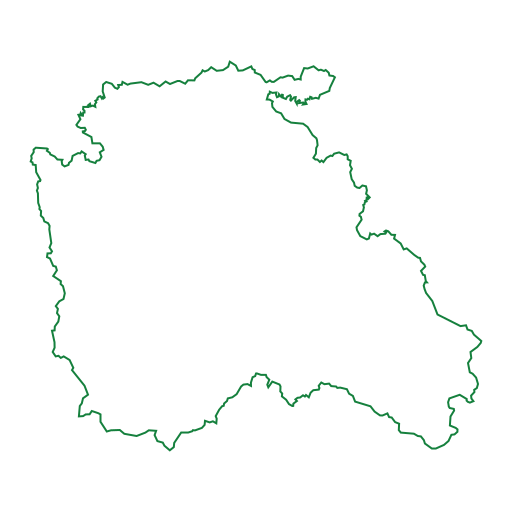 Morafenobe, Melaky, Madagascar
{"feature_id": "10022922B27026898293410", "entity_name": "Morafenobe", "entity_type": "district", "adm_level": 2, "iso_a3": "MDG", "parent_name": "Madagascar", "parent_adm1": "Melaky", "projection": "orthographic", "projection_center": [45.038, -17.912], "detail": "fine", "context": "isolated", "style": "outline", "palette": "green", "viewbox_px": 512, "rotation_deg": 0, "n_neighbors": 0, "source": "geoboundaries", "source_scale": "gbopen_adm2", "svg_char_len": 5884}
<svg xmlns="http://www.w3.org/2000/svg" viewBox="0 0 512 512"><path d="M473.4,401.2L471.4,398.5L471.1,395.6L474.4,392.1L474.2,389.8L476.8,388.1L478.0,384.0L476.1,377.6L472.6,373.7L469.8,372.3L468.0,363.0L471.3,358.1L470.5,352.0L477.3,347.0L480.7,343.0L481.3,341.0L473.9,334.6L471.8,330.9L467.5,329.5L466.0,325.3L460.5,326.1L437.5,314.5L432.3,301.0L426.1,293.0L424.6,289.1L423.7,285.6L424.9,282.5L426.9,282.4L425.8,281.1L424.8,275.2L423.1,274.9L421.0,270.9L425.2,266.6L424.4,264.7L421.0,261.4L420.0,257.9L418.2,257.7L414.2,254.9L406.7,248.4L403.7,249.4L400.7,243.5L394.1,238.6L395.0,234.9L391.4,234.8L388.3,231.3L386.0,230.5L384.6,231.4L386.2,232.4L385.4,233.7L380.4,234.1L377.6,236.2L374.1,233.7L371.4,234.6L370.2,233.5L368.9,238.5L366.8,239.4L360.3,236.1L357.0,230.1L356.5,227.3L361.6,219.7L360.9,216.8L359.4,215.7L359.6,213.9L363.0,211.3L363.9,207.3L363.2,205.0L364.4,204.4L364.9,202.1L366.3,201.5L365.4,200.7L366.5,200.2L366.7,197.5L367.5,197.3L368.2,198.9L369.7,197.4L366.1,193.8L366.9,190.3L366.0,186.3L362.4,185.5L359.5,188.0L357.2,187.6L354.7,185.8L354.0,182.6L351.7,179.2L350.2,172.1L351.9,168.8L350.0,165.2L350.7,160.8L347.7,159.3L347.7,156.2L346.6,154.4L344.3,155.0L339.1,152.4L334.1,153.7L332.4,156.0L330.6,155.6L326.6,157.8L323.4,162.1L321.6,160.5L319.9,162.0L317.4,159.5L315.3,159.5L313.4,157.8L315.9,153.7L316.2,148.0L317.6,145.3L317.0,140.2L316.4,138.3L312.6,135.1L307.6,127.0L303.1,123.7L291.0,122.6L284.5,119.0L281.1,113.3L276.2,111.5L272.4,106.9L272.0,103.2L272.8,101.5L269.5,99.6L266.8,99.5L268.3,94.3L269.6,93.8L269.8,91.7L272.4,92.9L276.4,92.5L276.0,94.5L277.0,97.2L278.8,96.4L279.0,94.2L281.1,96.7L282.0,94.7L282.8,94.9L282.8,97.7L285.9,99.0L287.2,96.7L290.1,95.2L291.0,96.6L290.2,99.9L290.9,100.6L294.1,97.3L295.7,97.1L295.2,100.9L296.8,103.8L297.0,101.7L299.2,100.1L299.9,100.8L299.0,103.1L303.2,102.5L304.0,103.2L303.1,104.5L306.5,104.0L305.4,101.7L305.5,99.4L307.1,99.7L307.9,98.7L309.5,99.3L310.2,96.8L311.6,97.3L312.0,98.8L315.8,97.8L318.6,98.6L320.0,94.8L329.3,90.9L329.8,88.0L334.9,77.3L333.1,76.0L329.4,75.5L328.7,72.7L325.7,70.0L324.0,71.0L320.9,69.7L318.6,70.3L313.6,66.3L307.7,68.5L304.1,68.1L300.7,76.7L300.7,79.5L298.4,78.9L294.6,79.8L292.2,76.1L288.1,75.6L282.6,77.6L280.5,77.3L273.8,81.9L271.7,81.8L269.9,80.4L266.6,82.3L265.6,82.0L260.6,74.9L254.8,72.5L254.7,70.0L252.4,69.0L251.3,66.4L242.8,70.4L238.3,70.7L235.8,65.5L229.8,61.7L228.2,66.7L223.0,70.1L216.7,70.8L211.2,67.2L208.2,70.1L204.8,71.5L202.6,70.3L201.5,72.6L195.2,78.3L194.4,80.4L188.0,80.3L185.2,83.7L179.7,81.0L177.5,81.0L170.0,84.0L165.6,81.5L159.6,86.3L153.5,82.7L148.2,84.8L141.4,82.2L130.4,83.6L127.6,84.7L122.5,81.9L121.8,84.8L118.2,85.0L118.9,87.1L117.4,88.8L114.9,87.7L111.8,83.8L106.2,82.0L103.1,84.5L102.7,91.4L104.7,97.5L103.4,98.5L102.6,97.3L101.9,98.5L100.5,96.2L98.8,96.6L97.3,98.3L97.6,99.5L95.3,100.8L96.3,102.4L94.9,104.2L95.3,106.8L92.9,105.6L90.8,106.3L90.0,103.7L88.2,105.2L89.5,106.0L88.7,107.0L83.3,106.9L83.1,109.4L84.5,110.8L84.5,112.5L83.2,112.6L82.9,115.7L81.0,115.4L81.8,114.6L80.7,113.1L80.4,114.5L78.4,114.8L80.4,119.2L76.4,124.9L77.6,126.6L80.7,128.0L84.8,127.8L85.8,129.8L85.0,131.0L82.8,131.4L82.9,132.5L91.4,137.0L92.4,143.3L99.9,143.3L102.7,146.7L103.6,149.9L99.8,152.3L101.5,156.8L99.5,160.2L96.6,160.8L95.4,163.0L89.4,161.2L88.5,159.5L85.7,159.9L84.8,155.6L85.7,154.2L81.6,151.4L80.3,153.4L78.1,153.1L72.6,155.9L71.6,160.7L69.0,162.8L68.5,164.9L64.6,166.4L62.2,164.6L61.7,161.3L62.4,159.8L57.4,159.5L54.7,156.5L50.3,154.4L49.8,152.8L46.9,150.8L47.8,149.1L47.0,148.5L35.8,147.7L33.6,149.6L33.7,152.2L31.2,155.9L31.7,158.3L30.7,161.5L32.5,162.4L32.8,164.6L35.7,165.0L36.2,172.2L40.5,180.0L40.1,181.1L38.2,181.4L37.1,184.4L37.9,188.0L36.9,190.6L37.9,193.3L38.2,202.9L39.7,207.2L39.4,209.0L41.1,211.0L40.8,215.6L43.3,218.0L44.3,221.4L48.1,223.2L49.6,225.9L49.3,229.4L51.3,243.1L49.5,247.5L52.0,251.3L50.8,253.3L47.5,253.4L47.0,257.1L50.0,258.5L53.2,265.9L55.8,266.6L56.9,270.3L53.2,276.0L60.9,281.2L60.6,284.0L63.0,286.2L64.8,293.3L63.5,299.0L59.3,301.3L55.8,306.1L57.9,308.9L57.0,313.1L59.3,316.3L58.3,321.6L54.8,326.5L54.6,330.4L52.0,330.7L54.5,342.2L54.6,347.7L52.7,352.0L55.7,356.4L58.5,355.8L60.8,357.9L63.7,356.4L69.6,360.0L73.3,367.8L72.0,370.1L84.5,385.7L88.0,394.7L83.0,398.3L81.8,403.4L79.8,406.0L78.9,416.4L83.1,416.1L85.7,414.4L89.6,414.3L91.8,411.0L98.3,413.2L100.5,414.4L100.5,421.8L106.8,431.5L111.0,430.3L119.8,430.0L124.3,433.8L136.6,436.0L145.4,432.6L148.8,430.3L156.1,430.8L154.6,435.1L157.4,441.1L162.8,442.6L164.4,445.7L169.8,450.3L173.8,447.1L174.2,442.9L181.2,432.5L188.3,432.5L192.3,431.2L192.9,430.2L195.0,430.4L201.9,427.9L204.6,424.9L205.0,420.8L209.7,422.4L212.9,421.3L216.3,423.3L216.7,418.7L215.7,416.1L219.2,409.7L222.1,406.2L223.7,405.8L224.1,403.5L227.0,401.0L227.8,398.4L232.3,397.3L236.6,394.2L241.1,386.5L243.4,384.6L247.5,384.1L251.0,385.9L250.9,382.7L252.6,377.2L255.2,376.1L256.0,373.5L256.8,373.4L261.1,374.9L265.9,374.9L266.6,377.1L269.3,379.7L267.3,384.7L268.3,387.3L272.3,381.6L279.5,384.5L280.5,386.4L280.3,391.4L282.2,393.5L281.9,396.4L286.1,399.7L289.0,404.1L292.3,406.0L293.2,405.9L293.4,403.6L296.9,401.0L295.4,399.4L297.5,397.8L300.1,397.5L303.0,395.3L304.9,396.5L306.0,395.0L308.8,397.3L310.6,392.7L313.3,390.2L318.8,389.6L319.4,388.0L318.7,385.8L321.3,382.5L324.4,384.2L329.1,383.6L331.2,386.1L336.1,386.5L337.3,387.9L340.2,387.6L346.9,389.2L349.1,393.7L352.9,395.9L355.1,401.6L370.5,406.3L374.6,411.6L380.0,415.4L382.5,415.5L387.4,413.4L389.1,417.1L391.7,417.5L395.1,422.1L399.1,423.7L398.8,430.1L400.8,432.6L413.9,433.7L417.8,436.0L420.9,436.4L423.9,440.2L424.9,443.5L431.8,448.5L435.9,448.5L444.0,444.9L448.5,441.0L451.4,434.8L454.5,434.4L457.4,431.8L457.5,429.4L455.7,427.9L449.9,425.5L450.5,416.5L454.1,410.6L453.8,408.9L449.7,408.0L448.8,406.6L448.1,402.2L449.4,398.4L459.7,394.8L466.7,399.0L466.6,400.6L467.8,401.8L469.9,402.6L473.4,401.2Z" fill="none" stroke="#15803d" stroke-width="2"/></svg>